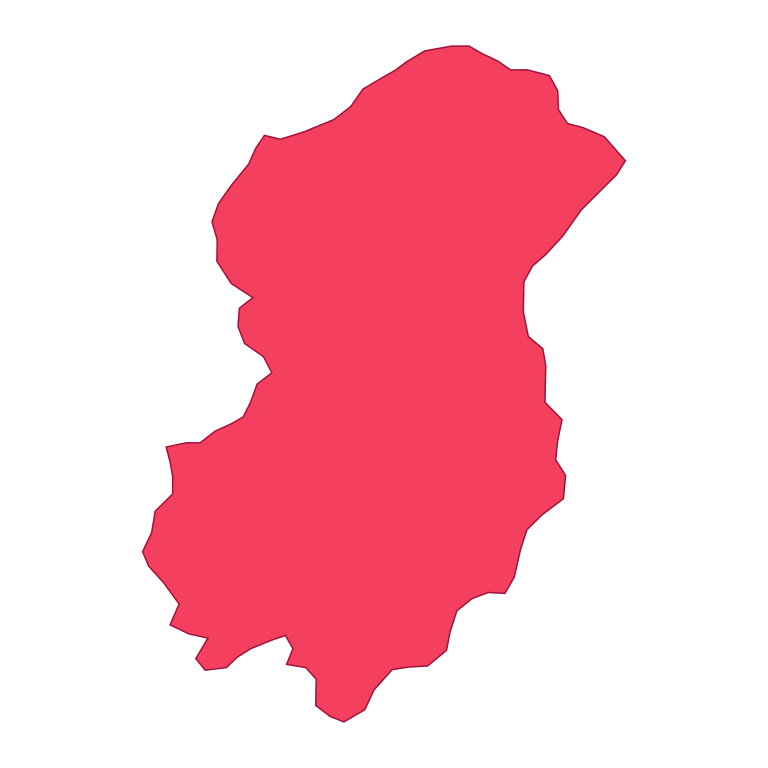 the district of Braço do Trombudo, Santa Catarina, Brazil
{"feature_id": "56859067B6588865534852", "entity_name": "Braço do Trombudo", "entity_type": "district", "adm_level": 2, "iso_a3": "BRA", "parent_name": "Brazil", "parent_adm1": "Santa Catarina", "projection": "robinson", "projection_center": [-49.906, -27.37], "detail": "fine", "context": "isolated", "style": "filled", "palette": "rose", "viewbox_px": 768, "rotation_deg": 0, "n_neighbors": 0, "source": "geoboundaries", "source_scale": "gbopen_adm2", "svg_char_len": 1379}
<svg xmlns="http://www.w3.org/2000/svg" viewBox="0 0 768 768"><path d="M562.0,419.7L545.0,402.3L545.3,383.4L545.8,366.0L542.8,348.7L528.3,336.5L523.3,311.7L523.9,281.9L532.4,266.1L545.8,254.5L562.9,235.9L581.0,210.2L599.9,191.3L616.4,174.9L625.4,160.8L604.3,136.7L583.2,127.7L567.5,123.5L558.5,109.7L557.7,90.7L549.4,75.6L527.5,69.9L510.5,69.9L498.1,61.2L481.9,53.5L469.0,46.1L451.5,46.1L424.6,50.9L406.5,61.8L395.8,69.9L382.3,77.6L362.9,89.1L350.8,106.5L333.8,119.6L304.1,131.8L280.5,139.2L264.4,135.4L255.6,148.5L248.7,164.0L231.2,185.5L218.5,203.5L212.0,221.8L217.2,239.8L216.9,261.3L231.2,283.5L252.8,297.6L239.4,308.2L238.0,326.5L244.6,343.5L263.5,356.7L271.8,372.8L257.2,384.0L250.1,403.3L243.0,417.1L231.2,423.8L215.0,431.2L200.2,442.8L186.2,442.8L166.2,447.0L170.0,461.7L172.7,476.5L172.7,493.9L155.2,511.2L151.6,532.7L142.6,551.7L148.6,566.1L163.7,582.8L179.1,604.0L170.0,624.9L188.9,633.9L207.9,638.1L195.8,658.6L205.1,670.2L226.3,667.6L237.5,657.0L250.7,648.7L271.2,640.3L285.5,635.5L292.9,648.7L286.6,664.4L305.8,667.6L316.2,679.2L315.7,705.5L330.2,716.5L343.9,721.9L364.8,709.7L374.1,689.8L392.2,669.6L409.2,667.0L427.6,666.0L446.5,650.3L450.1,631.7L456.9,610.8L472.0,598.6L488.2,592.5L504.9,593.4L514.3,577.1L520.6,549.1L526.9,529.8L541.7,515.1L563.4,498.7L565.6,475.5L555.7,459.8L557.6,441.2L562.0,419.7Z" fill="#f43f5e" stroke="#9f1239" stroke-width="1.5"/></svg>